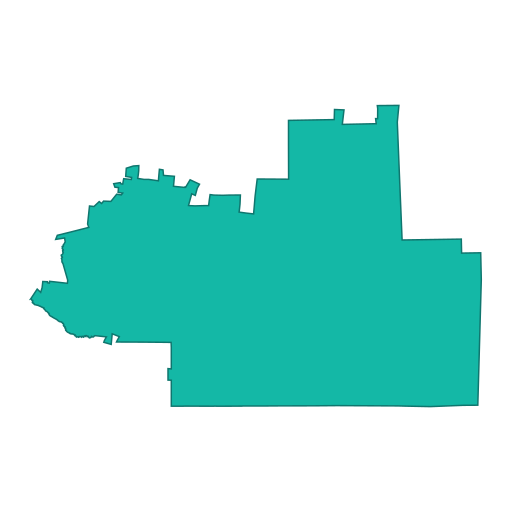 Candelaria, Campeche, Mexico
{"feature_id": "50627088B43108093310772", "entity_name": "Candelaria", "entity_type": "district", "adm_level": 2, "iso_a3": "MEX", "parent_name": "Mexico", "parent_adm1": "Campeche", "projection": "albers", "projection_center": [-91.135, 18.16], "detail": "fine", "context": "isolated", "style": "filled", "palette": "teal", "viewbox_px": 512, "rotation_deg": 0, "n_neighbors": 0, "source": "geoboundaries", "source_scale": "gbopen_adm2", "svg_char_len": 5179}
<svg xmlns="http://www.w3.org/2000/svg" viewBox="0 0 512 512"><path d="M30.7,298.9L31.0,298.8L31.4,299.0L31.4,299.4L31.6,299.9L31.7,300.0L32.0,300.3L32.2,300.5L32.4,300.5L32.7,300.5L32.8,300.8L32.6,301.2L32.6,301.5L32.7,302.1L32.4,302.1L32.3,302.4L32.4,302.6L32.8,303.0L33.1,303.2L33.4,303.2L33.5,303.4L33.8,303.5L33.8,303.9L34.3,304.1L34.8,304.7L35.0,304.8L35.7,304.8L36.4,305.0L37.3,305.3L38.2,305.3L38.5,305.6L38.9,305.8L39.2,305.8L39.7,306.2L40.1,306.2L40.4,306.3L40.7,306.6L41.0,306.6L41.6,307.0L41.8,307.1L42.1,307.3L42.5,307.3L43.0,307.5L43.2,307.8L43.7,307.9L43.6,308.1L43.6,308.3L44.0,308.4L44.0,308.6L43.9,308.6L44.0,308.8L44.2,309.1L44.3,309.3L44.5,309.4L44.7,309.6L45.0,309.8L45.3,310.3L45.5,310.8L45.8,311.0L46.1,311.1L46.5,311.4L47.1,311.6L47.4,311.9L47.6,312.2L47.8,312.4L48.0,312.5L48.3,312.7L48.3,312.9L48.4,313.2L48.8,313.2L49.0,313.4L49.1,313.6L48.9,313.7L48.9,314.1L49.1,314.3L49.2,314.7L49.4,314.8L49.6,315.3L50.0,315.7L50.3,315.8L50.5,316.0L50.8,316.1L51.0,316.3L51.3,316.5L51.5,316.5L52.0,316.7L52.2,316.8L52.3,317.1L53.1,317.5L53.7,317.9L56.0,319.1L56.2,319.3L56.6,319.4L57.0,319.7L57.1,319.9L57.3,320.0L57.7,320.2L57.8,320.4L57.9,320.6L58.0,320.6L58.3,320.8L58.7,321.0L59.0,321.4L59.3,321.5L59.8,321.7L60.5,321.8L60.8,321.9L61.0,321.8L61.3,322.1L61.7,322.1L61.8,322.4L62.2,322.7L62.5,323.1L62.6,323.3L62.9,323.2L63.0,323.3L63.3,323.6L63.4,324.0L63.6,324.1L63.8,325.0L63.5,325.4L63.6,325.5L63.7,325.9L63.9,325.9L64.0,326.1L64.5,326.6L64.7,326.9L64.8,326.9L64.7,327.1L64.8,327.2L64.8,327.4L64.9,327.5L65.1,327.7L65.1,327.9L65.1,328.1L65.5,328.1L65.7,328.3L65.6,329.2L65.7,329.7L65.8,329.8L65.7,329.9L65.6,330.0L65.7,330.3L66.1,330.6L66.3,330.9L66.5,331.0L66.6,331.3L67.1,331.8L68.0,332.4L68.6,332.7L69.6,333.0L69.6,333.3L69.9,333.5L70.1,333.4L70.3,333.6L70.5,333.7L70.7,333.8L70.9,333.9L71.4,333.9L71.9,334.0L72.1,333.8L72.3,333.8L72.5,333.9L72.6,334.0L72.8,334.1L73.3,334.2L73.8,334.2L73.9,334.3L73.9,334.5L74.4,334.9L74.4,335.0L74.6,335.2L75.0,335.1L74.9,335.6L75.0,335.8L75.9,336.0L76.0,336.5L76.3,336.9L76.4,337.0L76.6,336.8L76.8,336.9L77.0,336.8L77.3,336.7L78.0,337.0L78.5,337.3L78.7,337.2L78.8,337.1L78.8,336.6L79.0,336.5L79.4,336.8L79.5,336.8L79.8,336.6L80.0,336.8L80.4,336.6L81.0,336.5L81.6,337.2L81.9,336.9L82.2,336.6L82.5,336.6L82.5,336.4L82.9,336.5L83.3,337.1L83.6,337.2L83.8,337.1L84.1,336.5L84.1,336.3L84.2,336.1L84.3,335.9L84.6,335.9L84.8,335.9L85.6,336.4L85.6,335.7L85.9,335.6L86.2,335.8L86.3,335.7L86.6,335.6L87.0,335.8L87.1,336.0L87.5,336.6L87.9,336.7L88.0,336.6L88.3,336.5L88.3,336.9L88.7,337.1L88.9,337.4L89.2,337.8L89.6,337.9L89.8,337.9L91.0,337.4L91.2,337.1L91.4,336.3L91.5,336.3L92.1,336.6L92.5,337.0L92.9,337.0L93.1,337.0L93.3,337.0L93.7,336.7L93.8,336.4L94.0,336.2L94.3,336.1L94.5,336.0L94.5,335.8L94.7,335.7L94.9,335.7L95.2,335.8L95.3,335.8L95.6,335.7L106.4,336.9L104.4,340.5L103.8,342.3L111.2,344.4L112.2,333.8L119.3,336.6L117.3,340.3L116.9,341.1L116.5,342.0L142.3,342.1L164.5,342.3L171.1,342.4L171.3,347.4L171.3,368.9L168.0,368.6L168.0,380.1L171.3,380.2L171.3,406.2L182.5,406.2L185.0,406.1L213.5,406.2L214.6,406.1L217.7,406.2L218.2,406.2L221.8,406.2L241.6,406.1L243.1,406.0L265.7,406.0L271.4,405.9L313.7,405.8L337.0,405.6L397.7,405.9L405.2,406.1L430.3,406.6L463.2,405.3L477.8,405.2L481.3,279.7L480.7,252.8L461.6,253.1L461.3,239.1L402.1,240.0L400.7,206.0L399.7,181.9L397.3,122.1L398.9,105.4L377.3,105.6L377.7,108.7L377.6,118.7L375.6,118.6L376.2,123.7L342.3,124.4L344.0,109.9L334.5,109.5L334.2,119.6L288.5,120.4L288.5,143.8L288.6,179.2L257.2,179.0L256.1,187.9L255.1,196.2L253.6,213.9L246.3,213.1L239.1,212.1L239.5,208.9L240.0,204.1L240.4,195.0L228.7,195.1L222.9,195.3L214.0,195.1L210.1,194.6L209.3,200.1L208.6,205.6L205.0,205.6L201.5,205.7L201.4,205.7L195.0,205.9L191.1,205.7L190.1,205.7L188.5,205.5L191.7,193.8L195.3,195.4L197.3,188.1L199.5,184.2L190.1,179.8L185.6,187.3L185.0,186.9L184.5,187.4L173.5,186.3L174.4,176.3L163.5,175.4L163.0,169.9L159.4,169.3L158.9,174.8L158.4,180.8L148.6,179.4L143.9,179.4L137.7,178.4L138.3,174.6L138.7,170.8L138.8,165.6L133.3,166.0L126.3,168.2L125.7,176.4L131.6,177.4L131.3,179.5L123.7,178.7L122.7,184.1L120.9,183.8L120.3,182.6L113.7,183.7L114.9,187.2L118.5,187.6L118.1,192.3L122.7,193.1L121.3,194.9L116.7,194.2L110.9,201.4L103.6,201.1L101.6,203.5L99.2,201.6L94.0,206.5L89.5,206.0L87.6,224.0L88.8,227.4L80.1,229.6L78.6,230.0L69.5,232.3L57.3,235.3L55.7,239.4L64.6,238.0L65.2,241.9L64.0,244.0L63.3,244.8L63.4,245.9L63.4,246.1L63.2,246.3L62.6,246.3L62.6,246.7L62.2,246.8L62.5,247.7L62.4,247.9L62.2,248.3L62.3,248.7L62.4,248.8L62.7,249.0L62.9,249.3L63.2,249.5L63.4,250.0L62.7,250.3L62.6,250.5L62.8,250.8L62.8,251.0L62.7,251.5L62.7,252.0L62.9,252.2L63.2,252.2L63.3,252.3L63.1,252.8L62.9,253.5L62.7,253.9L62.1,254.6L61.8,254.8L61.5,254.9L61.3,255.0L61.2,255.2L61.4,256.0L61.5,256.2L62.2,256.7L62.3,256.9L62.4,257.1L62.4,257.4L62.3,257.5L61.7,257.9L61.4,258.4L61.4,258.6L61.7,258.9L61.9,259.3L61.9,260.5L62.0,260.8L61.9,261.2L61.9,261.3L62.0,261.6L62.0,262.1L62.4,262.4L62.5,262.7L62.5,262.9L63.0,263.7L67.7,280.2L67.4,283.3L49.6,281.3L49.4,283.1L47.5,282.8L47.4,281.7L42.8,281.5L42.1,287.7L40.7,292.3L40.3,291.8L40.0,291.7L37.2,289.1L30.7,298.9Z" fill="#14b8a6" stroke="#0f766e" stroke-width="1.5"/></svg>